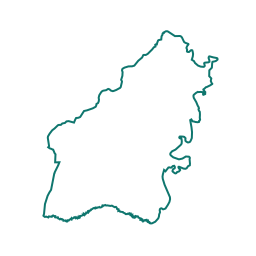 Wang Muang, Saraburi, Thailand, rotated 189°
{"feature_id": "78962969B15444617755923", "entity_name": "Wang Muang", "entity_type": "district", "adm_level": 2, "iso_a3": "THA", "parent_name": "Thailand", "parent_adm1": "Saraburi", "projection": "mercator", "projection_center": [101.139, 14.811], "detail": "fine", "context": "isolated", "style": "outline", "palette": "teal", "viewbox_px": 256, "rotation_deg": 189, "n_neighbors": 0, "source": "geoboundaries", "source_scale": "gbopen_adm2", "svg_char_len": 5658}
<svg xmlns="http://www.w3.org/2000/svg" viewBox="0 0 256 256"><g transform="rotate(189 128 128)"><path d="M68.6,200.6L72.0,202.7L73.3,204.4L75.7,205.4L75.2,208.8L75.3,211.3L76.0,213.4L76.6,214.7L77.1,214.9L77.9,214.7L79.7,212.6L81.3,212.5L81.8,213.0L81.9,214.7L82.7,216.0L82.8,216.7L82.2,218.6L81.4,220.0L81.6,220.5L84.7,221.1L86.1,221.8L88.9,225.9L90.1,226.8L91.1,227.0L96.0,226.1L103.5,229.5L104.4,229.7L105.6,229.5L107.9,227.8L107.6,227.3L108.6,226.6L108.6,225.2L109.2,223.9L109.0,220.6L111.5,219.6L112.0,219.1L112.5,216.6L112.6,215.1L113.6,215.0L114.1,214.5L113.7,213.7L113.9,213.2L113.7,212.8L114.1,212.6L114.4,212.1L115.1,211.8L116.4,209.4L120.2,204.2L121.9,202.9L123.7,202.7L124.3,202.4L125.1,199.8L128.4,196.0L131.5,190.6L133.5,189.6L137.2,188.9L140.9,187.1L142.6,185.7L142.9,185.0L142.9,183.9L142.1,182.4L141.7,178.6L142.3,174.5L141.3,173.2L141.2,172.7L141.6,167.3L142.1,166.4L145.6,163.7L148.2,162.2L149.0,162.0L150.8,162.3L152.3,163.3L153.7,163.5L155.6,161.9L158.3,161.0L159.2,160.4L160.1,159.2L161.5,155.9L161.7,153.3L161.1,151.4L161.1,149.6L161.5,148.0L162.9,146.8L162.9,145.1L163.3,143.9L165.9,141.9L171.3,139.0L174.1,137.9L176.9,131.5L177.5,131.0L179.0,130.2L180.8,129.8L181.4,128.2L182.2,124.9L187.7,125.5L189.8,124.9L191.1,123.1L193.6,122.2L194.8,120.6L196.9,120.2L197.6,119.8L200.5,116.0L202.5,113.9L204.5,110.2L205.7,107.2L205.7,105.8L203.1,97.7L203.8,96.5L202.2,95.7L200.0,95.3L199.2,94.9L198.5,94.9L196.5,91.6L195.5,90.7L194.6,82.7L190.4,83.4L191.1,80.3L193.5,72.6L193.4,72.2L193.7,71.5L194.3,54.9L195.6,52.0L196.8,48.4L198.1,39.9L197.5,30.0L197.8,28.1L196.4,27.2L195.8,27.3L195.1,27.7L192.7,27.2L192.3,28.3L189.3,28.4L189.2,28.6L189.1,29.3L188.3,29.9L186.9,29.2L186.4,29.6L186.1,29.6L186.1,28.5L185.9,28.3L184.6,28.5L183.6,28.3L183.4,28.8L183.2,28.8L182.9,27.8L181.4,27.4L181.1,27.1L180.6,27.3L180.3,27.7L180.0,27.5L179.3,27.7L179.0,27.3L178.3,27.5L177.6,27.1L177.3,26.3L175.7,26.7L174.8,26.3L174.7,26.7L174.0,26.3L173.6,27.0L173.1,26.6L172.8,27.4L172.0,27.4L171.4,28.4L170.7,28.7L170.5,29.0L169.8,28.8L169.9,29.2L169.6,29.2L169.6,29.7L169.3,29.7L169.3,30.1L168.8,29.8L167.5,30.7L167.1,31.5L166.1,31.3L165.8,31.5L165.7,30.8L165.5,30.6L165.2,30.8L165.2,31.5L164.6,31.2L164.3,31.4L163.9,31.0L163.7,31.4L163.4,31.0L162.7,31.5L162.3,31.5L162.2,31.8L162.6,32.1L162.4,32.3L162.5,32.5L161.7,32.4L161.9,33.2L161.5,33.1L161.0,33.8L160.0,34.1L159.3,34.7L158.8,35.6L158.6,35.6L158.6,35.2L157.8,35.0L157.8,35.3L158.2,35.6L157.4,35.7L157.7,36.3L157.2,36.1L157.0,36.5L156.3,36.6L156.1,36.9L156.1,37.9L154.5,38.0L154.7,38.5L154.0,38.8L154.1,39.1L154.5,39.2L154.5,39.5L153.5,39.4L153.4,39.8L153.8,39.9L153.7,40.1L153.3,40.4L152.3,40.5L151.7,41.2L151.7,41.8L150.7,42.3L149.6,43.5L149.1,43.5L148.3,44.0L148.0,43.4L147.7,43.4L147.1,44.4L146.3,44.1L145.8,44.7L144.6,45.0L144.0,45.5L143.4,45.1L142.4,45.3L140.8,46.6L140.8,46.9L141.2,47.2L141.2,47.5L140.8,47.7L139.9,47.5L138.4,48.4L137.6,48.0L136.4,48.3L133.0,48.3L131.8,48.8L128.8,47.7L127.6,48.2L126.8,47.6L126.0,46.2L124.8,46.3L124.6,44.5L123.5,45.0L123.0,44.3L122.7,44.1L119.9,44.2L119.5,43.7L117.8,43.3L116.9,42.6L116.3,42.8L115.6,42.7L114.6,43.5L113.8,43.2L113.3,44.0L112.5,43.7L111.9,44.0L111.3,43.0L111.9,42.5L111.9,42.2L111.1,42.1L110.5,43.0L110.2,43.1L110.2,41.4L109.9,41.3L109.4,41.7L109.2,41.7L109.1,41.2L109.4,40.6L109.1,40.4L108.5,40.4L108.3,41.1L107.7,41.6L107.6,40.5L107.3,40.4L106.9,40.8L106.8,41.2L106.5,41.3L106.3,42.2L105.4,42.1L104.5,42.3L104.1,42.0L103.8,41.2L102.7,40.9L102.1,40.4L101.3,40.5L101.3,39.2L100.4,39.4L100.6,40.4L99.5,40.0L99.3,39.7L100.0,39.7L100.0,39.3L99.6,38.8L99.0,39.2L98.5,38.1L98.3,38.2L98.2,38.9L97.4,39.1L97.1,39.6L96.0,40.0L96.1,39.4L95.7,39.3L95.2,39.8L93.9,40.0L93.7,39.5L94.3,39.2L93.3,38.7L94.1,38.6L93.9,38.3L93.5,38.2L92.4,38.6L92.0,38.4L91.8,37.4L90.4,37.3L89.2,37.7L86.4,39.7L84.0,43.4L83.8,44.3L83.6,45.5L83.7,47.5L83.2,49.9L83.8,51.5L83.8,52.8L83.3,53.5L82.5,53.9L81.9,53.8L81.0,53.2L80.4,53.2L78.4,54.3L76.6,58.3L75.5,61.5L75.3,64.3L75.8,66.3L83.0,77.7L85.7,83.2L86.3,85.4L86.3,87.7L85.8,92.2L84.2,91.1L81.9,95.3L81.0,95.6L80.1,95.5L79.0,95.7L77.8,97.4L76.5,97.9L75.8,97.2L75.5,96.0L75.7,95.4L77.0,94.4L77.3,93.1L77.3,92.3L76.8,91.8L74.8,90.7L73.9,90.6L73.2,91.0L72.8,92.0L70.8,93.1L69.9,94.6L70.1,95.2L71.3,95.9L71.8,96.6L72.1,97.2L72.0,97.6L71.3,97.7L66.8,96.6L64.9,96.7L63.8,97.4L62.7,99.7L61.1,100.8L61.2,102.4L62.3,106.8L62.2,108.1L62.7,108.8L63.4,109.2L66.4,108.9L69.5,106.3L72.8,105.0L78.7,106.1L81.5,107.7L82.1,108.5L82.2,109.4L82.0,110.0L80.8,111.9L77.7,114.1L73.3,119.5L72.6,120.9L72.8,123.4L73.4,125.5L74.0,126.3L74.6,125.9L75.5,126.1L75.9,126.8L75.6,127.6L75.0,127.8L72.3,128.1L71.0,128.0L69.6,126.9L69.5,125.1L69.2,124.3L68.2,123.6L66.7,123.1L65.8,123.3L64.9,123.8L64.4,124.4L63.8,126.3L63.4,128.1L64.1,133.9L65.4,138.6L67.8,145.5L66.8,146.4L65.2,144.7L63.6,144.7L62.4,144.5L60.0,144.6L58.8,145.1L58.7,145.5L58.9,146.1L58.2,147.1L58.1,147.5L58.7,149.3L59.0,152.2L59.5,154.7L59.8,155.5L60.5,156.0L61.2,157.2L61.3,157.7L61.0,158.4L61.5,159.6L62.6,160.9L64.6,164.2L67.7,168.0L68.2,169.2L68.4,170.5L68.1,171.2L66.3,173.3L64.7,174.6L64.0,174.5L61.9,175.0L59.3,175.1L58.5,174.3L58.6,173.8L59.2,173.3L59.0,172.7L58.7,172.6L57.1,173.6L57.3,175.6L58.7,176.7L59.1,177.4L59.6,177.6L59.6,177.9L58.5,179.0L57.5,180.4L56.6,180.8L53.5,183.0L51.7,184.6L51.7,184.9L52.3,185.3L53.6,187.4L53.5,190.0L55.9,191.9L56.7,197.7L54.6,200.7L55.0,205.3L54.9,206.6L52.3,207.6L51.5,208.1L50.3,209.5L50.3,210.1L50.7,210.8L51.4,211.0L54.8,211.1L58.5,211.5L59.0,211.4L59.4,210.5L59.3,209.6L58.2,207.5L57.9,206.2L58.9,205.4L62.2,204.6L62.7,204.3L62.9,203.8L61.9,201.4L62.4,200.5L63.0,200.2L65.8,200.0L68.6,200.6Z" fill="none" stroke="#0f766e" stroke-width="2"/></g></svg>